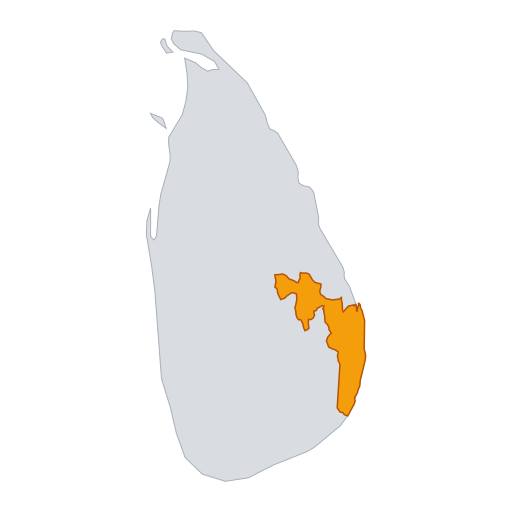 Ampāra on a map of Sri Lanka (Natural Earth projection)
{"feature_id": "LKA-2451", "entity_name": "Ampāra", "entity_type": "District", "adm_level": 1, "iso_a3": "LKA", "parent_name": "Sri Lanka", "parent_adm1": "", "projection": "natural_earth1", "projection_center": [81.481, 7.125], "detail": "fine", "context": "in_parent", "style": "filled", "palette": "amber", "viewbox_px": 512, "rotation_deg": 0, "n_neighbors": 0, "source": "natural_earth", "source_scale": "10m", "svg_char_len": 3262}
<svg xmlns="http://www.w3.org/2000/svg" viewBox="0 0 512 512"><path d="M174.2,30.7L183.8,31.3L194.1,31.0L201.3,32.6L213.6,50.6L247.2,82.8L265.5,115.5L267.2,122.7L269.7,128.9L274.1,130.6L277.8,133.4L296.1,165.0L298.2,171.2L297.9,178.1L299.0,183.2L303.7,185.8L309.7,187.1L313.6,191.9L318.6,217.1L318.6,224.9L319.9,228.3L343.0,267.5L344.3,272.3L344.1,275.9L344.8,279.0L349.2,285.9L356.2,304.6L359.7,308.8L364.0,325.2L364.3,356.4L362.7,370.3L358.4,387.2L353.3,403.8L347.8,415.7L340.2,425.8L314.3,447.3L306.9,451.6L273.2,465.1L248.4,477.8L225.4,481.3L202.4,474.2L185.1,457.5L176.3,432.9L170.3,407.2L161.5,378.7L154.8,290.5L151.6,265.9L146.4,234.5L146.9,220.9L150.6,207.9L150.6,236.5L154.0,240.0L156.5,236.3L158.9,206.7L160.8,194.2L170.0,161.5L170.2,155.7L168.6,143.4L168.7,137.3L182.4,114.4L185.9,101.0L187.8,87.4L187.0,72.7L184.6,58.1L195.6,62.8L201.6,67.8L207.8,71.2L212.8,69.5L218.9,69.4L214.6,61.5L201.8,54.2L180.5,49.7L173.9,43.9L171.3,38.9L172.6,33.1L174.2,30.7ZM163.3,119.6L166.2,128.4L157.9,122.4L152.5,117.4L150.5,113.3L161.8,117.9L163.3,119.6ZM172.9,52.0L166.6,53.2L161.6,45.5L160.5,42.2L161.8,39.9L163.1,38.7L164.8,39.1L167.1,46.3L172.9,52.0Z" fill="#d9dde1" stroke="#a8b0b8" stroke-width="1"/><path d="M353.5,305.0L353.6,305.5L354.4,305.7L355.2,304.5L355.8,304.5L356.6,309.2L356.6,310.9L357.3,310.9L357.4,309.3L357.6,307.6L358.1,306.3L358.7,305.3L358.7,304.5L358.6,304.3L358.4,303.6L358.6,303.2L359.1,303.5L360.0,304.5L360.3,305.4L360.6,307.9L362.1,310.7L364.6,320.6L364.2,348.1L364.4,349.9L365.4,354.0L365.6,356.5L365.0,361.1L360.4,379.6L360.1,381.5L360.0,384.0L359.7,386.1L358.3,389.4L357.9,390.8L357.4,392.8L355.4,396.4L354.5,398.0L355.2,400.8L354.1,404.2L347.7,415.9L346.8,415.5L344.4,414.7L342.7,412.5L341.4,412.3L340.2,412.2L337.2,407.9L339.9,365.1L339.4,362.8L338.2,360.8L338.1,358.6L337.4,356.3L337.9,354.0L338.1,351.8L335.1,349.8L331.6,348.7L331.0,348.2L330.4,347.7L329.7,347.7L328.9,347.3L328.1,345.7L327.7,343.9L326.4,341.2L327.5,337.6L329.6,334.7L331.3,333.2L329.1,329.8L328.8,327.2L327.4,324.4L325.2,322.2L324.8,319.9L324.9,317.2L323.7,311.0L323.9,309.5L323.3,309.3L322.6,308.9L324.1,306.2L322.1,305.6L319.6,307.2L318.4,307.6L317.3,308.2L316.9,309.3L316.2,310.6L314.8,311.0L313.8,311.1L313.8,312.6L314.4,314.0L314.5,315.3L314.0,316.5L313.4,317.4L312.9,318.3L310.9,319.6L308.4,319.4L308.4,323.9L308.9,328.3L307.0,329.8L305.0,330.7L304.1,328.8L303.3,326.5L303.0,324.4L302.1,322.3L301.4,321.0L301.0,319.9L299.7,319.6L298.8,319.9L297.3,318.2L296.2,315.4L295.6,310.3L295.2,308.9L294.9,307.4L295.2,306.4L295.7,305.2L296.8,299.5L296.4,293.7L291.9,292.6L287.0,295.8L284.9,298.0L283.6,298.6L282.6,298.8L280.8,299.6L278.3,294.8L277.5,292.0L277.4,290.1L276.7,288.5L275.2,287.4L274.9,287.1L275.9,281.6L275.7,279.3L275.0,276.7L275.0,274.7L276.9,274.7L280.7,274.3L282.5,273.9L286.2,275.6L289.1,279.0L294.0,280.7L296.4,282.3L298.3,282.6L298.6,281.4L299.0,280.0L299.7,279.2L300.2,278.0L299.9,275.2L300.4,272.6L303.1,273.2L306.3,273.0L309.0,274.0L312.4,279.8L314.7,282.2L317.7,283.2L320.9,283.9L320.8,287.4L319.8,290.8L320.0,292.7L320.9,294.5L324.1,296.7L325.8,298.6L332.4,299.9L339.1,299.1L341.4,297.5L341.5,300.5L342.2,303.3L342.5,309.9L343.3,311.8L346.8,307.8L348.8,305.9L351.6,305.4L353.5,305.0Z" fill="#f59e0b" stroke="#b45309" stroke-width="1.5"/></svg>